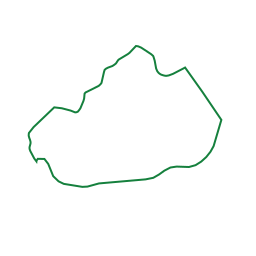 the Department of Ahuachapán, rotated 210°
{"feature_id": "SLV-1343", "entity_name": "Ahuachapán", "entity_type": "Department", "adm_level": 1, "iso_a3": "SLV", "parent_name": "El Salvador", "parent_adm1": "", "projection": "albers", "projection_center": [-89.848, 13.863], "detail": "fine", "context": "isolated", "style": "outline", "palette": "green", "viewbox_px": 256, "rotation_deg": 210, "n_neighbors": 0, "source": "natural_earth", "source_scale": "10m", "svg_char_len": 1204}
<svg xmlns="http://www.w3.org/2000/svg" viewBox="0 0 256 256"><g transform="rotate(210 128 128)"><path d="M51.2,181.7L44.8,155.1L44.7,148.7L45.7,142.0L47.8,135.5L50.9,129.6L55.7,124.7L66.6,118.9L71.5,115.0L75.2,109.2L77.9,103.2L81.2,97.5L87.1,92.3L125.4,65.5L133.8,57.0L138.1,54.2L155.7,47.5L161.5,47.1L168.7,48.9L179.1,57.0L184.9,59.4L190.7,56.2L190.9,54.0L190.6,53.3L193.9,54.7L201.1,59.2L202.6,60.5L203.2,61.3L203.7,62.2L204.6,65.6L205.0,66.5L205.6,67.4L207.0,68.8L208.6,70.1L210.1,71.6L211.0,73.3L211.3,74.2L210.2,81.6L202.2,109.0L195.2,112.0L186.4,114.4L181.6,115.1L180.5,115.9L179.6,117.1L179.2,119.7L179.1,121.4L180.1,129.1L180.7,131.5L181.5,133.3L182.4,135.2L182.8,136.2L182.5,137.6L174.4,149.9L173.7,152.2L173.5,153.8L176.8,164.5L177.3,166.7L176.7,168.4L175.5,170.3L172.5,173.9L171.4,176.1L170.7,177.9L170.5,181.6L170.2,182.7L165.1,191.9L164.3,193.8L162.1,203.0L160.1,203.8L156.8,204.2L144.8,203.5L142.3,203.0L141.5,202.4L138.6,199.7L133.4,193.6L132.6,193.0L131.0,191.8L130.0,191.4L128.9,191.0L127.5,190.8L125.9,190.8L123.6,191.3L122.3,191.7L121.1,192.2L120.2,192.9L119.0,193.9L116.1,197.4L109.7,207.4L108.8,208.9L81.9,196.6L51.2,181.7Z" fill="none" stroke="#15803d" stroke-width="2"/></g></svg>